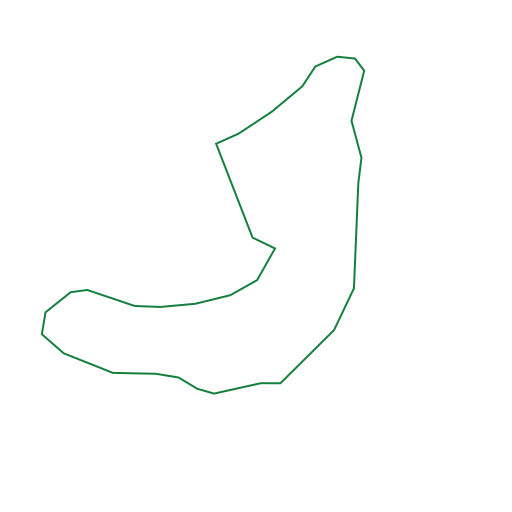 Hauts-de-Seine, orthographic projection, rotated 226°
{"feature_id": "FRA-5306", "entity_name": "Hauts-de-Seine", "entity_type": "Metropolitan department", "adm_level": 1, "iso_a3": "FRA", "parent_name": "France", "parent_adm1": "", "projection": "orthographic", "projection_center": [2.26, 48.844], "detail": "fine", "context": "isolated", "style": "outline", "palette": "green", "viewbox_px": 512, "rotation_deg": 226, "n_neighbors": 0, "source": "natural_earth", "source_scale": "10m", "svg_char_len": 557}
<svg xmlns="http://www.w3.org/2000/svg" viewBox="0 0 512 512"><g transform="rotate(226 256 256)"><path d="M285.8,151.8L263.9,179.0L245.6,210.4L237.9,240.1L248.2,274.9L271.6,266.3L364.5,305.3L356.1,328.5L348.8,367.8L345.9,407.2L351.1,430.4L342.9,452.9L329.2,464.4L314.1,462.5L286.9,418.6L253.4,400.1L237.5,380.4L164.7,304.0L148.5,260.7L147.5,185.1L161.1,171.2L186.2,130.2L201.3,121.5L222.4,115.9L240.9,102.1L271.4,71.8L319.5,50.1L348.5,47.6L361.7,65.5L358.7,97.6L348.8,111.0L304.2,134.1L285.8,151.8Z" fill="none" stroke="#15803d" stroke-width="2"/></g></svg>